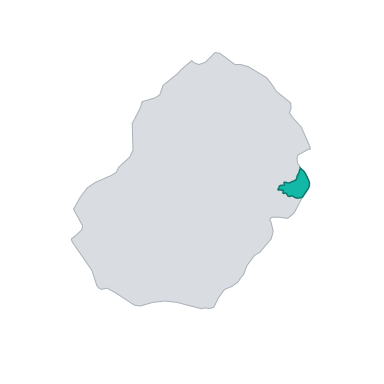 location of Tetovo within North Macedonia, rotated 143°
{"feature_id": "MKD-2958", "entity_name": "Tetovo", "entity_type": "Statistical Region", "adm_level": 1, "iso_a3": "MKD", "parent_name": "North Macedonia", "parent_adm1": "", "projection": "albers", "projection_center": [20.942, 42.029], "detail": "fine", "context": "in_parent", "style": "filled", "palette": "teal", "viewbox_px": 384, "rotation_deg": 143, "n_neighbors": 0, "source": "natural_earth", "source_scale": "10m", "svg_char_len": 1975}
<svg xmlns="http://www.w3.org/2000/svg" viewBox="0 0 384 384"><g transform="rotate(143 192 192)"><path d="M174.5,103.1L180.2,103.8L192.6,100.1L200.3,95.1L204.2,94.3L209.5,92.4L217.0,92.6L224.7,94.6L234.3,91.7L243.8,86.9L247.6,88.0L251.8,91.9L254.6,92.9L270.8,113.3L279.6,121.5L290.0,127.6L301.8,132.0L306.1,136.3L314.0,158.1L317.8,166.4L322.8,168.7L324.1,171.1L324.4,174.3L319.1,189.8L317.7,224.5L316.3,227.3L310.4,227.2L302.6,228.2L299.7,230.9L296.9,249.6L284.3,255.1L272.9,258.4L263.2,257.8L246.1,253.7L240.5,253.3L235.8,255.9L220.6,257.4L214.0,260.8L198.5,282.7L182.7,290.3L177.3,294.2L165.1,289.5L159.3,289.0L150.9,294.6L132.4,295.2L127.4,296.2L113.2,297.1L112.6,294.1L109.9,289.7L103.3,287.6L89.7,289.4L86.4,286.2L80.9,267.7L76.6,264.7L71.7,258.4L63.6,238.3L63.5,229.5L64.1,221.9L59.6,203.8L62.4,199.3L66.7,196.5L66.7,189.2L65.6,178.2L70.7,156.6L72.0,155.0L73.3,156.1L85.3,157.8L88.4,155.1L90.4,150.9L91.1,135.0L94.0,127.7L122.9,113.8L131.4,113.3L138.0,119.7L143.2,123.7L146.3,123.6L147.4,119.5L150.9,111.6L156.8,107.0L174.3,103.0L174.5,103.1Z" fill="#d9dde1" stroke="#a8b0b8" stroke-width="1"/><path d="M94.7,126.2L97.3,124.7L106.9,121.4L108.1,121.8L109.4,122.4L110.7,123.2L111.7,123.8L112.6,124.8L113.4,126.4L114.0,127.9L114.3,128.9L115.2,129.2L115.8,129.2L116.7,129.6L117.5,130.6L117.9,131.4L117.6,132.5L117.6,133.3L117.6,134.3L117.9,134.9L118.8,135.4L119.6,135.6L119.8,135.7L120.0,136.6L119.4,136.7L118.9,137.5L118.3,138.3L118.3,138.7L118.7,139.1L119.6,139.4L119.8,140.1L120.3,140.8L121.4,141.2L121.8,141.4L121.7,142.5L121.3,142.7L120.5,142.8L119.6,143.1L118.9,144.1L117.8,144.0L117.0,143.9L115.7,142.9L114.9,142.3L114.2,142.2L113.6,142.6L113.1,143.7L112.9,144.2L112.5,144.2L112.0,144.1L110.7,142.5L109.6,141.2L108.6,140.6L105.4,140.0L102.7,139.2L101.1,139.3L99.9,140.1L98.9,141.1L97.6,142.0L95.8,142.6L94.3,143.5L93.1,144.7L91.5,145.4L91.2,145.9L90.2,141.6L90.3,138.5L91.6,131.7L92.6,128.7L94.7,126.2Z" fill="#14b8a6" stroke="#0f766e" stroke-width="1.5"/></g></svg>